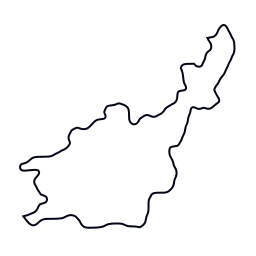 outline of Monción, Santiago Rodríguez, Dominican Republic, rotated 178°
{"feature_id": "3306468B58364807671066", "entity_name": "Monción", "entity_type": "district", "adm_level": 2, "iso_a3": "DOM", "parent_name": "Dominican Republic", "parent_adm1": "Santiago Rodríguez", "projection": "mercator", "projection_center": [-71.168, 19.384], "detail": "fine", "context": "isolated", "style": "outline", "palette": "ink", "viewbox_px": 256, "rotation_deg": 178, "n_neighbors": 0, "source": "geoboundaries", "source_scale": "gbopen_adm2", "svg_char_len": 4706}
<svg xmlns="http://www.w3.org/2000/svg" viewBox="0 0 256 256"><g transform="rotate(178 128 128)"><path d="M119.5,28.4L117.0,29.9L115.9,30.8L114.5,32.5L113.9,33.8L112.6,38.9L111.1,42.2L110.7,43.6L110.3,46.1L110.1,52.1L109.8,54.6L109.6,55.4L109.0,56.8L107.3,59.7L106.6,60.8L106.0,61.2L105.4,61.6L104.8,61.9L103.4,62.1L101.1,62.3L94.2,62.1L92.5,62.3L90.9,62.7L89.4,63.5L87.6,65.0L85.9,66.8L85.0,68.2L84.7,68.9L84.2,70.4L83.6,73.4L83.2,74.8L81.7,78.0L81.3,79.4L81.0,80.9L81.1,82.5L81.3,84.0L81.5,84.8L83.3,88.6L83.7,90.1L84.4,93.1L84.9,94.5L86.5,97.7L87.1,99.2L87.4,100.7L87.5,102.2L87.5,103.7L87.3,105.2L86.8,106.5L86.3,107.0L85.7,107.4L84.5,107.8L80.4,108.3L79.1,108.6L78.5,109.0L77.7,109.9L75.1,114.0L73.7,117.4L71.7,121.3L71.3,122.8L70.5,126.5L70.0,127.9L68.5,131.1L68.1,132.6L67.5,135.6L67.1,137.1L65.4,141.0L64.6,144.3L64.1,145.5L63.6,146.0L63.0,146.3L62.4,146.5L61.8,146.5L60.6,146.2L58.4,145.1L57.1,144.7L55.7,144.6L55.0,144.7L52.7,145.4L51.5,145.5L50.4,145.3L48.1,144.5L46.6,144.4L45.9,144.4L44.4,144.9L42.5,146.1L39.4,148.6L36.7,150.5L36.3,151.0L36.0,151.6L35.9,152.3L36.0,153.6L36.5,154.8L37.8,157.1L39.9,161.5L40.3,162.7L40.3,163.4L40.2,164.1L39.9,164.7L39.2,166.0L36.4,169.6L34.2,173.6L33.2,174.9L30.6,178.0L29.3,180.0L28.1,182.8L26.0,186.5L24.8,189.3L22.7,193.0L21.5,195.8L19.8,198.9L19.5,199.6L19.1,201.1L18.8,203.5L18.8,206.7L19.0,209.9L19.3,211.5L19.8,212.9L21.5,216.1L22.6,218.9L24.3,222.1L25.7,225.3L26.5,226.4L26.9,226.8L27.5,227.2L28.1,227.5L28.8,227.6L29.5,227.5L30.2,227.2L30.8,226.9L31.9,225.9L33.4,224.2L34.2,222.9L35.5,220.2L36.2,218.9L37.1,217.8L38.2,216.9L38.8,216.5L40.3,216.0L45.5,215.2L44.4,212.9L42.9,210.4L42.3,209.1L42.0,207.7L42.0,206.2L42.0,205.5L42.5,204.2L42.8,203.6L43.2,203.1L45.7,201.2L46.6,200.2L47.4,199.1L47.9,197.7L48.8,194.2L50.0,192.0L51.9,188.1L52.4,187.6L53.0,187.2L53.8,186.9L55.3,186.8L56.8,187.2L58.1,187.9L59.8,189.9L66.6,190.0L69.1,189.8L70.6,189.4L71.2,189.0L72.2,188.1L72.8,187.0L73.0,186.4L73.0,185.7L72.6,184.6L72.0,182.8L71.6,181.4L71.3,178.9L70.8,173.7L70.6,172.1L70.1,170.5L69.0,168.2L68.6,167.0L68.6,165.7L68.8,165.1L69.2,164.6L69.7,164.1L70.3,163.9L71.6,163.6L74.4,163.3L75.7,162.9L76.3,162.5L76.8,161.9L77.3,160.6L77.8,156.7L78.1,155.1L78.7,153.7L79.5,152.5L80.6,151.5L81.2,151.1L84.4,149.6L89.1,146.8L90.1,145.9L91.6,143.7L92.5,142.7L93.6,141.8L94.8,141.0L99.3,138.8L100.6,138.4L101.3,138.3L102.7,138.3L103.5,138.5L106.5,139.8L107.8,140.2L109.3,140.3L110.7,139.9L111.9,139.3L115.3,137.2L116.2,136.2L117.5,134.0L118.8,132.5L120.0,131.8L120.8,131.6L121.5,131.5L122.3,131.5L123.0,131.7L124.3,132.5L125.3,133.5L126.0,134.8L126.2,135.5L126.5,137.0L126.5,143.4L126.7,145.8L127.1,147.3L127.4,147.9L128.3,149.1L129.4,150.1L130.6,150.9L134.4,152.5L135.6,152.8L136.3,152.9L137.5,152.7L140.6,151.6L142.1,151.4L145.8,151.0L147.2,150.7L148.5,150.1L148.9,149.6L150.2,147.3L151.0,145.6L151.1,144.4L151.0,143.8L150.2,141.8L150.0,140.7L150.0,140.1L150.2,139.5L150.5,138.9L151.0,138.5L151.5,138.2L152.8,137.9L157.2,137.5L158.6,137.1L159.4,136.8L160.7,136.0L161.9,135.0L165.9,131.1L167.1,130.1L168.4,129.2L169.1,128.9L170.6,128.5L172.9,128.4L175.1,128.9L178.0,130.0L179.2,130.1L180.4,129.7L182.7,128.6L183.9,128.0L184.4,127.5L185.2,126.4L186.8,123.5L187.6,121.6L187.7,120.8L187.7,119.4L187.6,118.7L186.6,115.9L186.6,115.3L186.7,114.6L186.9,113.9L187.7,112.7L188.7,111.5L189.8,110.5L191.1,109.5L192.5,108.8L195.2,107.7L198.4,105.9L201.1,104.8L204.3,103.1L205.7,102.6L207.3,102.3L209.8,102.2L219.9,102.3L221.6,102.2L223.2,101.8L224.0,101.6L225.3,100.9L228.8,98.2L230.6,97.1L231.9,96.5L235.2,95.8L235.8,95.5L236.3,95.1L236.7,94.5L237.0,93.9L237.2,93.3L237.2,91.9L237.1,91.3L236.8,90.6L236.3,90.0L235.7,89.6L235.0,89.3L233.5,89.0L231.9,89.0L224.0,89.4L221.6,89.4L220.2,89.1L219.5,88.8L219.0,88.3L218.6,87.6L218.4,87.0L218.4,86.3L218.6,85.6L219.2,84.4L222.1,81.1L223.0,79.9L223.5,78.5L223.6,77.0L223.5,76.2L223.0,74.9L221.7,72.4L220.5,69.7L217.5,64.7L213.4,62.9L212.3,62.2L211.9,61.5L211.6,60.8L211.4,59.2L211.9,57.8L212.3,57.1L212.9,56.7L214.1,56.1L218.7,54.8L219.9,53.2L221.2,50.8L221.9,49.5L222.8,48.4L223.9,47.5L225.2,46.8L229.8,45.0L231.9,44.3L235.7,43.4L232.0,38.3L230.3,36.3L228.6,34.9L227.3,34.3L226.6,34.1L225.1,34.1L223.7,34.6L222.4,35.4L218.8,38.3L217.4,39.1L215.8,39.6L214.2,39.9L212.4,40.0L201.9,39.8L197.6,40.1L195.2,40.7L192.1,42.2L190.7,42.6L189.2,42.9L187.6,42.9L186.1,42.6L185.4,42.4L183.9,41.6L182.7,40.6L181.6,39.4L180.1,37.5L179.3,36.2L178.0,33.5L177.2,32.4L175.6,30.9L174.2,30.2L173.4,30.0L170.9,29.7L168.2,29.6L162.9,29.6L159.4,29.8L157.7,30.1L156.1,30.5L152.2,32.2L150.7,32.6L147.4,33.0L143.1,33.0L139.7,32.8L137.3,32.4L135.9,31.9L132.7,30.4L131.1,29.9L129.4,29.7L123.3,29.2L119.5,28.4Z" fill="none" stroke="#020617" stroke-width="2"/></g></svg>